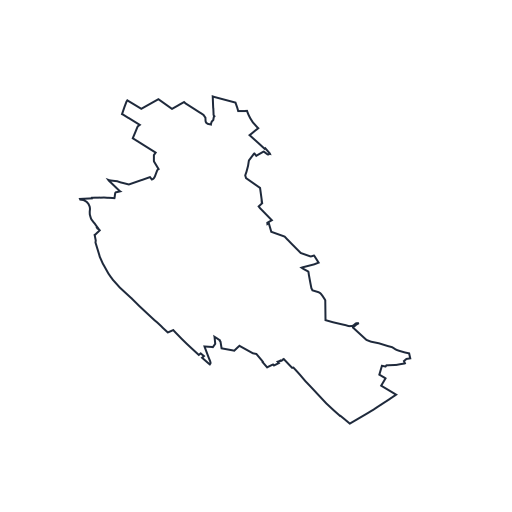 outline of Salaspils, Salaspils, Latvia, rotated 34°
{"feature_id": "27541924B10713926826642", "entity_name": "Salaspils", "entity_type": "district", "adm_level": 2, "iso_a3": "LVA", "parent_name": "Latvia", "parent_adm1": "Salaspils", "projection": "robinson", "projection_center": [24.35, 56.87], "detail": "fine", "context": "isolated", "style": "outline", "palette": "slate", "viewbox_px": 512, "rotation_deg": 34, "n_neighbors": 0, "source": "geoboundaries", "source_scale": "gbopen_adm2", "svg_char_len": 5186}
<svg xmlns="http://www.w3.org/2000/svg" viewBox="0 0 512 512"><g transform="rotate(34 256 256)"><path d="M110.6,267.8L105.0,269.8L102.6,270.7L100.4,271.3L99.2,271.6L98.2,272.1L97.5,272.5L94.0,274.3L93.8,274.4L92.1,275.2L91.4,275.4L91.0,275.5L91.8,275.8L106.8,278.4L107.2,278.4L104.9,280.9L104.6,281.1L104.1,281.7L104.1,282.6L106.2,286.9L106.3,287.2L103.5,288.8L101.7,289.9L99.5,291.3L98.0,292.1L96.9,292.8L95.3,294.0L93.2,295.4L89.6,297.9L87.4,299.5L87.7,300.0L86.6,300.8L78.2,307.1L78.8,307.5L80.8,306.5L81.7,306.1L83.2,305.9L85.3,305.8L87.6,306.4L88.3,306.7L90.4,308.0L91.2,308.8L92.1,309.9L93.4,312.3L94.9,314.4L96.6,315.9L98.1,317.1L99.1,317.7L102.6,318.9L104.2,319.3L106.2,320.1L108.8,321.0L108.4,321.5L109.3,321.9L110.8,321.7L112.1,322.1L111.6,324.5L111.4,325.2L110.7,328.5L110.4,328.7L110.4,328.8L110.6,328.9L114.5,332.8L115.4,334.6L125.4,342.7L126.9,344.0L130.6,346.3L133.3,348.0L135.2,348.9L141.1,351.9L143.5,353.1L147.6,354.7L148.3,354.9L150.7,355.8L156.4,357.2L160.6,358.3L175.7,360.6L176.8,360.7L177.0,360.8L178.6,361.1L181.7,361.7L186.9,362.7L188.8,363.0L207.7,366.0L211.1,366.3L216.7,367.2L219.0,367.7L225.6,368.7L225.9,368.3L227.5,365.8L228.8,363.7L232.8,364.6L235.3,365.1L240.5,366.2L247.6,367.5L253.9,368.5L263.9,370.0L264.6,367.7L268.8,368.1L268.2,370.5L276.9,371.6L278.3,371.7L278.3,370.5L277.9,369.8L276.6,368.7L274.3,367.2L270.9,364.8L264.4,360.2L263.9,359.8L268.4,357.2L269.7,356.4L271.2,355.7L271.3,351.6L267.0,346.4L266.8,346.2L269.7,346.1L272.1,346.1L273.2,346.1L273.5,346.6L274.3,346.8L274.5,346.9L279.1,351.8L283.9,349.7L290.3,346.9L290.9,346.7L291.9,342.1L292.5,339.7L292.9,339.7L307.8,338.4L310.9,337.1L311.1,337.0L319.1,339.3L320.9,339.9L320.9,340.3L327.5,342.1L328.3,340.6L330.1,337.5L330.5,337.0L330.7,336.6L330.8,336.4L331.0,336.4L332.1,336.7L333.4,334.5L333.5,334.3L334.8,332.0L333.1,331.5L333.6,330.9L334.4,329.6L334.5,329.4L334.7,329.0L335.3,329.2L336.2,327.6L336.0,327.1L336.6,325.9L341.1,326.9L344.6,327.7L348.5,328.5L349.4,327.6L355.0,328.9L359.3,330.0L367.1,332.2L373.2,333.5L396.7,338.9L406.2,340.4L413.8,341.4L415.1,341.6L415.3,341.3L419.8,341.7L427.5,342.5L428.4,340.6L434.8,327.3L435.0,326.9L436.8,323.1L438.3,319.8L438.9,318.6L439.1,318.2L441.0,313.5L446.9,299.6L447.0,299.3L447.1,299.0L449.7,292.6L432.7,293.5L432.3,293.5L431.8,285.0L431.1,285.0L424.6,285.4L421.8,276.6L425.2,275.2L425.3,273.7L433.3,267.8L435.4,265.7L435.5,265.6L435.7,265.4L439.4,261.9L439.5,261.7L437.4,260.4L438.3,257.2L441.1,254.6L437.4,251.1L433.4,252.7L431.9,253.2L427.5,254.6L425.2,255.2L423.7,255.4L421.5,255.4L419.8,255.5L418.6,255.9L415.8,256.9L406.8,259.6L399.3,262.7L397.7,263.1L395.4,263.6L394.5,263.8L392.3,263.5L376.4,261.1L376.0,260.6L376.6,259.6L376.9,259.1L377.5,256.8L378.8,254.2L376.7,255.7L376.3,256.6L375.7,258.8L375.5,259.3L374.8,260.3L373.5,261.3L372.5,262.0L371.7,262.4L369.0,263.2L367.0,264.0L365.2,264.7L358.4,267.3L356.5,268.0L349.5,270.3L349.0,269.6L338.2,254.0L337.5,253.6L333.5,251.9L331.1,251.1L330.1,250.9L328.2,251.0L322.0,252.9L319.9,251.7L315.7,247.5L310.5,242.2L308.5,240.0L308.4,239.9L308.1,239.7L307.5,239.7L306.4,239.8L303.5,240.1L302.1,240.2L300.7,240.2L300.3,240.2L301.3,238.9L301.8,238.4L308.9,230.4L311.6,226.5L304.8,223.5L303.8,223.2L302.3,225.1L301.4,225.9L291.4,228.5L285.9,227.4L278.8,226.0L273.1,224.8L272.9,224.8L269.0,223.9L268.0,224.1L255.5,227.3L255.1,227.4L254.8,227.1L248.3,221.7L247.6,223.1L246.8,222.1L247.4,220.9L248.7,218.3L249.1,217.5L234.1,214.4L232.6,214.1L230.5,213.4L231.5,209.2L231.2,208.8L230.4,207.8L230.7,207.8L224.8,201.2L221.3,197.3L204.2,197.0L202.0,195.2L201.0,191.5L199.0,185.7L196.8,181.0L196.7,180.3L196.8,179.1L196.9,176.4L197.0,175.0L197.1,172.5L197.1,172.3L197.4,171.9L200.2,172.8L200.3,172.5L203.9,165.2L204.0,165.1L208.8,165.3L209.1,165.2L209.4,165.0L209.6,164.7L210.1,163.6L210.4,163.5L210.1,163.3L206.5,162.3L203.4,161.5L203.2,162.3L197.9,161.5L183.1,159.4L183.8,157.3L184.4,155.3L185.3,152.2L186.1,149.9L186.4,148.8L185.7,148.7L183.5,148.2L181.2,147.6L178.7,147.0L177.8,146.6L176.7,146.1L176.4,146.0L174.2,145.0L172.2,143.9L170.5,142.9L168.3,141.4L167.4,140.7L166.2,141.6L166.0,141.9L160.2,145.8L157.6,143.6L153.2,140.3L132.4,147.5L132.0,147.6L130.9,147.9L135.8,154.6L137.8,157.3L138.0,157.4L141.4,162.0L141.8,162.6L142.3,163.0L142.9,163.3L143.4,163.4L143.4,163.5L143.2,164.0L143.3,164.4L144.2,166.4L144.5,167.0L144.5,167.4L144.4,168.0L144.2,168.8L144.2,169.5L144.3,170.0L144.4,170.3L144.7,171.4L144.9,171.9L145.1,172.2L142.2,173.4L140.4,173.4L139.5,173.0L138.7,172.3L136.7,169.6L135.6,169.2L133.6,168.4L131.6,168.4L130.8,168.4L130.5,168.4L128.9,168.5L124.4,168.6L123.8,168.6L112.3,168.9L110.3,168.6L108.0,173.1L107.1,175.0L104.1,181.0L103.7,181.0L87.8,180.6L87.4,180.6L78.6,198.1L68.7,198.6L63.0,198.9L62.3,198.9L62.3,200.4L63.6,205.9L65.6,213.3L67.1,213.1L73.0,212.9L73.3,212.8L86.1,212.3L86.3,212.3L85.9,213.4L85.7,214.1L85.5,214.7L85.6,215.5L86.6,220.3L88.0,227.3L88.3,227.3L114.7,226.4L115.0,226.4L114.9,229.4L118.2,234.3L118.6,234.7L126.6,238.4L126.3,239.0L126.2,239.6L126.3,240.7L126.7,242.4L127.7,246.6L127.8,247.8L127.8,248.8L127.5,249.8L126.9,250.8L124.0,249.9L122.8,251.5L121.4,253.4L118.9,256.8L118.6,257.1L110.6,267.8Z" fill="none" stroke="#1e293b" stroke-width="2"/></g></svg>